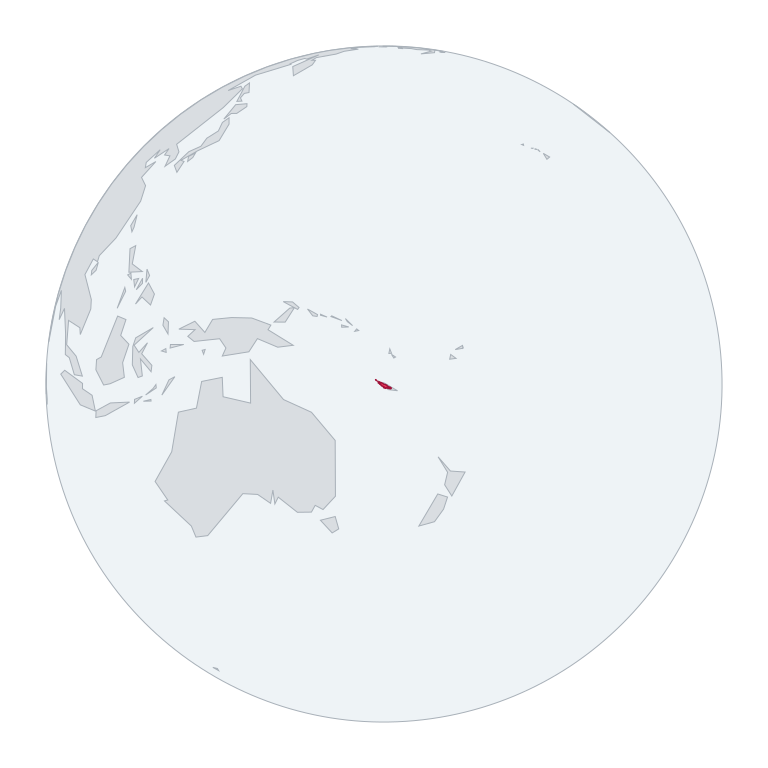 the Earth from above Nord, rotated 349°
{"feature_id": "NCL-559", "entity_name": "Nord", "entity_type": "Province", "adm_level": 1, "iso_a3": "NCL", "parent_name": "New Caledonia", "parent_adm1": "", "projection": "orthographic", "projection_center": [164.928, -20.615], "detail": "fine", "context": "on_globe", "style": "filled", "palette": "rose", "viewbox_px": 768, "rotation_deg": 349, "n_neighbors": 0, "source": "natural_earth", "source_scale": "10m", "svg_char_len": 7864}
<svg xmlns="http://www.w3.org/2000/svg" viewBox="0 0 768 768"><g transform="rotate(349 384 384)"><circle cx="384" cy="384" r="338" fill="#eef3f6" stroke="#a8b0b8"/><path d="M468.4,361.1L468.7,363.7L468.2,364.0L468.4,361.1ZM653.8,180.5L651.9,178.1L627.2,149.4L623.2,145.3L653.8,180.5ZM505.9,68.9L502.9,68.1L497.7,65.8L496.8,68.4L483.2,67.0L493.9,66.3L491.5,64.7L480.0,62.0L474.9,60.0L466.5,57.8L461.5,56.0L468.2,56.8L465.1,56.0L457.1,54.3L447.1,52.1L456.9,54.0L481.7,60.5L505.9,68.9ZM586.8,194.5L584.4,188.0L589.9,192.8L586.8,194.5ZM580.2,183.6L581.6,185.9L579.9,183.9L580.2,183.6ZM577.2,181.9L579.4,183.1L577.0,182.4L577.2,181.9ZM573.2,180.5L575.3,181.0L575.1,181.2L573.2,180.5ZM566.6,176.4L564.8,175.2L566.6,175.0L566.6,176.4ZM501.8,68.6L507.4,70.3L503.7,69.5L501.8,68.6ZM466.2,57.9L466.2,58.3L461.8,57.1L466.2,57.9ZM450.2,53.5L443.1,52.0L451.5,53.6L450.2,53.5ZM417.6,47.8L432.0,49.7L442.5,51.3L437.8,50.7L439.8,51.2L422.6,48.6L421.2,48.8L415.9,47.6L417.6,47.8ZM378.2,46.1L394.0,46.2L396.4,46.3L396.1,46.3L415.9,47.6L421.2,48.8L415.3,48.5L422.8,50.4L408.4,49.8L400.0,51.0L379.9,50.7L375.0,52.5L378.5,53.2L374.5,57.0L353.9,64.1L355.0,55.0L382.8,48.5L370.1,50.3L368.3,49.3L360.9,49.9L352.4,51.9L354.2,52.4L316.8,56.3L287.0,66.2L300.4,64.4L301.3,67.2L279.1,81.9L226.2,109.1L227.0,117.0L222.1,123.3L210.6,128.5L217.4,119.2L212.3,117.3L217.9,111.9L201.7,118.6L209.0,111.3L192.9,121.1L191.0,126.1L202.5,122.1L185.4,134.9L187.8,143.8L180.0,158.1L148.7,189.6L129.0,203.7L126.1,209.3L122.5,205.8L111.3,219.5L112.8,245.2L110.5,254.4L95.3,277.5L96.2,270.7L86.5,261.4L80.0,284.9L87.1,297.9L89.4,318.7L81.8,315.8L80.1,298.1L76.8,294.3L81.0,274.1L84.8,248.8L77.4,258.9L81.2,247.6L85.2,230.5L76.5,245.0L62.9,278.8L71.4,255.8L81.5,233.4L93.3,211.8L106.6,191.1L121.3,171.4L137.5,152.9L154.9,135.6L173.6,119.6L193.4,105.0L214.2,91.9L235.9,80.3L258.3,70.3L281.5,62.0L305.2,55.4L329.3,50.5L353.7,47.4L378.2,46.1ZM56.8,299.5L52.8,317.1L50.5,329.6L56.8,299.5ZM161.9,629.5L166.2,631.5L167.0,633.8L161.9,629.5ZM144.5,355.0L152.2,354.7L152.1,356.3L144.5,355.0ZM136.2,351.5L144.5,349.9L135.3,355.3L136.2,351.5ZM147.9,349.3L156.4,344.4L160.0,341.0L159.7,344.4L147.9,349.3ZM130.8,353.2L104.3,361.9L94.7,361.9L96.3,355.3L111.8,350.4L130.8,353.2ZM95.5,355.5L81.9,346.5L68.6,312.6L73.2,309.6L88.2,325.9L87.1,331.1L95.3,339.4L95.5,355.5ZM131.5,313.2L130.4,327.9L115.1,331.5L108.6,331.5L103.9,315.1L106.5,305.2L111.6,303.5L135.5,266.5L143.0,271.5L134.8,286.1L141.2,296.3L131.5,313.2ZM52.4,319.4L50.5,334.5L49.4,339.9L52.4,319.4ZM148.1,243.7L136.5,258.8L148.0,239.8L148.1,243.7ZM156.7,226.9L156.0,233.0L153.2,228.0L156.7,226.9ZM123.1,217.4L117.5,221.0L118.8,216.8L126.8,210.0L123.1,217.4ZM174.0,170.7L168.6,182.3L165.6,186.5L165.6,180.2L174.0,170.7ZM415.8,502.2L424.8,507.1L418.6,518.2L407.3,528.8L391.1,530.1L415.8,502.2ZM304.7,520.3L295.6,505.6L310.8,504.8L311.9,517.6L304.7,520.3ZM424.3,494.5L429.6,482.8L423.2,465.8L432.6,482.1L446.8,485.9L429.2,506.9L424.3,494.5ZM224.5,464.7L182.0,499.2L170.2,498.4L167.8,486.7L146.2,456.9L149.6,456.6L140.7,436.0L162.7,410.0L176.8,372.4L195.3,371.9L205.5,346.7L226.5,346.6L223.6,365.8L249.4,377.3L257.4,334.5L282.4,380.1L307.4,397.9L325.3,430.1L314.9,484.9L300.2,495.6L293.3,490.0L288.3,495.9L274.5,493.4L258.6,474.9L254.0,480.9L254.7,466.9L249.9,479.5L238.9,468.3L224.5,464.7ZM379.0,381.0L384.5,383.1L396.0,393.2L387.0,390.3L379.0,381.0ZM455.1,367.7L459.6,372.6L453.2,372.2L455.1,367.7ZM468.2,364.0L460.5,363.8L468.4,361.1L468.2,364.0ZM397.0,356.3L400.5,359.7L398.6,360.4L397.0,356.3ZM394.6,354.9L396.4,350.6L397.3,355.4L394.6,354.9ZM365.3,326.7L367.7,324.7L369.4,326.7L365.3,326.7ZM163.8,352.5L173.7,338.9L180.1,336.9L163.8,352.5ZM360.3,321.3L353.3,320.2L353.6,317.9L360.3,321.3ZM359.9,315.8L358.6,312.4L364.3,320.7L359.9,315.8ZM345.7,307.1L354.8,313.7L344.8,307.7L345.7,307.1ZM340.9,307.4L334.8,304.4L335.0,303.4L340.9,307.4ZM280.5,308.6L302.3,328.7L286.7,327.6L268.4,315.3L257.5,326.6L230.6,325.7L235.7,318.5L231.3,308.2L205.7,306.0L200.5,299.8L208.9,294.6L193.1,291.0L210.3,286.3L218.0,299.2L228.1,287.9L247.1,289.7L266.8,294.0L284.2,304.6L280.5,308.6ZM211.9,316.2L215.0,316.0L212.6,320.4L211.9,316.2ZM323.2,295.8L332.0,303.2L331.2,304.9L327.1,303.5L323.2,295.8ZM287.9,302.2L306.0,291.5L310.6,292.0L298.8,304.4L287.9,302.2ZM300.8,283.9L309.9,286.0L315.2,292.7L313.4,294.3L300.8,283.9ZM176.6,307.6L176.2,311.4L171.9,309.1L176.6,307.6ZM181.9,304.5L195.0,307.0L180.9,307.9L181.9,304.5ZM146.1,298.2L149.4,306.2L159.7,298.4L151.9,308.1L159.7,321.4L157.7,327.5L149.7,312.9L148.3,330.0L143.8,330.7L140.6,317.2L144.6,299.2L149.1,291.3L168.3,284.6L146.1,298.2ZM181.5,293.7L178.2,284.1L180.8,277.0L184.3,281.8L181.5,293.7ZM169.9,261.9L163.0,252.4L155.3,258.1L172.1,239.9L175.8,251.9L169.9,261.9ZM166.1,239.1L158.8,244.2L167.2,234.1L166.1,239.1ZM157.7,241.0L158.3,233.7L163.3,233.6L157.7,241.0ZM169.6,238.8L173.3,226.0L174.6,232.8L169.6,238.8ZM159.8,218.1L168.2,227.5L154.9,225.6L160.5,202.7L166.7,200.8L159.8,218.1ZM233.7,128.1L235.6,123.3L242.9,121.4L239.5,125.2L233.7,128.1ZM268.6,113.6L245.6,119.5L227.4,125.7L230.2,127.4L221.1,136.7L219.9,129.4L236.8,118.7L249.6,115.7L257.0,108.9L269.7,104.0L275.3,96.4L282.7,93.1L281.5,99.3L268.6,113.6ZM277.3,93.4L291.7,81.5L303.0,82.7L302.3,85.5L291.0,90.3L285.7,89.3L277.3,93.4ZM298.5,79.2L293.5,78.5L304.3,65.1L309.4,62.8L307.1,72.1L302.3,72.1L297.7,75.7L298.5,79.2Z" fill="#d9dde1" stroke="#a8b0b8" stroke-width="1"/><path d="M385.0,388.5L384.9,388.5L384.7,388.5L384.6,388.4L384.4,388.3L384.5,388.2L384.4,388.1L384.3,388.3L384.2,388.3L384.1,388.2L383.9,387.9L383.5,387.3L383.4,387.1L383.5,387.0L383.4,386.9L383.3,386.7L383.2,386.7L383.3,386.7L383.2,386.6L383.1,386.8L383.0,386.7L382.9,386.6L382.8,386.8L382.7,386.5L382.6,386.4L382.6,386.2L382.4,386.1L382.5,386.1L382.4,385.9L382.2,385.8L382.0,385.7L381.9,385.7L381.7,385.6L381.5,385.4L381.4,385.4L381.2,385.1L381.0,384.9L380.9,384.8L381.0,384.9L381.1,384.7L380.9,384.6L380.7,384.2L380.5,383.8L380.4,383.8L380.3,383.7L379.9,383.5L379.9,383.4L379.8,383.1L379.7,382.9L379.5,382.7L379.8,382.7L379.8,382.4L379.7,382.3L379.7,382.2L379.3,382.1L379.3,381.9L379.2,382.0L378.9,382.0L378.8,381.9L379.0,381.7L379.1,381.8L379.2,381.7L379.2,381.4L379.0,381.2L378.9,381.3L378.8,381.2L378.8,380.9L379.0,380.9L379.1,381.0L379.3,381.3L379.5,381.4L379.9,381.8L380.0,381.9L380.2,382.1L380.3,382.1L380.5,382.0L380.6,382.3L380.7,382.2L380.5,381.8L381.6,382.1L381.8,382.3L382.1,382.7L382.2,382.8L382.3,382.8L382.5,382.9L382.7,383.1L382.9,383.2L383.0,383.2L383.1,383.4L383.2,383.5L383.4,383.8L383.7,384.1L383.8,384.1L384.0,384.2L384.0,384.3L384.3,384.4L384.4,384.5L384.5,384.5L385.3,384.8L385.5,384.9L385.7,385.0L385.8,385.1L385.8,385.3L385.9,385.5L386.0,385.6L386.2,385.8L386.3,385.9L386.5,385.9L386.7,386.0L386.6,386.3L386.6,386.5L386.9,386.8L387.0,386.9L387.2,387.0L387.3,387.1L387.6,387.3L387.8,387.4L387.8,387.5L387.7,387.5L387.5,387.4L387.4,387.4L387.5,387.4L387.5,387.5L387.8,387.8L388.3,388.0L388.5,388.1L388.8,388.3L389.0,388.7L389.1,388.8L389.0,388.6L389.3,388.6L389.3,388.4L389.2,388.4L389.3,388.4L389.4,388.5L389.6,388.9L389.6,389.0L389.7,389.3L389.8,389.2L389.7,389.0L389.7,388.9L389.7,388.7L389.8,388.8L390.0,389.0L390.3,389.2L390.3,389.3L390.3,389.5L390.2,389.6L390.0,389.8L389.8,389.9L389.7,389.8L389.5,389.7L389.4,389.8L389.2,389.8L389.1,389.7L388.9,389.6L388.6,389.4L388.3,389.3L388.2,389.4L387.8,389.2L387.7,389.1L387.5,388.9L387.4,388.8L387.2,388.8L387.1,388.7L386.9,388.8L386.7,388.8L386.5,388.7L386.4,388.5L386.4,388.4L386.2,388.3L386.0,388.2L385.9,388.2L385.5,388.2L385.4,388.2L385.2,388.3L385.0,388.5ZM377.1,378.9L377.1,379.0L376.8,378.8L376.8,378.6L376.8,378.4L376.7,378.3L376.7,378.2L376.8,378.2L376.9,378.3L377.0,378.6L377.1,378.8L377.1,378.9ZM380.1,381.2L380.2,381.3L379.9,381.2L379.8,380.7L380.1,381.1L380.1,381.2ZM378.8,380.7L378.8,380.8L378.7,380.9L378.5,380.6L378.6,380.4L378.7,380.6L378.8,380.7Z" fill="#f43f5e" stroke="#9f1239" stroke-width="1.5"/></g></svg>